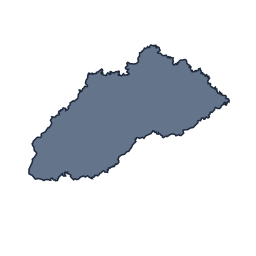 Caracol, Mato Grosso do Sul, Brazil, rotated 206°
{"feature_id": "56859067B79798079212629", "entity_name": "Caracol", "entity_type": "district", "adm_level": 2, "iso_a3": "BRA", "parent_name": "Brazil", "parent_adm1": "Mato Grosso do Sul", "projection": "natural_earth1", "projection_center": [-57.105, -21.905], "detail": "fine", "context": "isolated", "style": "filled", "palette": "slate", "viewbox_px": 256, "rotation_deg": 206, "n_neighbors": 0, "source": "geoboundaries", "source_scale": "gbopen_adm2", "svg_char_len": 5898}
<svg xmlns="http://www.w3.org/2000/svg" viewBox="0 0 256 256"><g transform="rotate(206 128 128)"><path d="M167.3,170.4L167.4,168.4L168.2,168.2L168.8,168.8L169.5,168.4L170.3,168.8L170.8,166.9L170.4,165.8L173.0,164.9L173.9,164.9L174.3,165.6L175.1,165.0L176.3,165.7L175.6,166.1L175.2,166.9L176.2,167.6L176.0,168.6L176.8,169.4L177.6,169.4L179.4,165.5L180.8,164.1L180.3,163.3L181.0,162.6L182.4,162.0L183.1,160.8L183.8,160.8L184.2,161.5L185.9,160.0L186.6,160.4L187.4,160.0L187.4,159.1L186.7,158.9L187.2,158.2L187.0,156.7L186.1,155.6L186.6,152.7L185.9,149.6L185.2,149.1L183.6,148.8L182.9,148.3L182.8,147.5L183.9,146.7L184.9,146.8L185.3,146.1L185.2,144.3L185.9,143.6L185.7,140.7L186.2,140.1L187.0,140.9L188.0,141.1L188.5,140.8L188.2,140.2L187.4,140.0L186.9,139.1L187.4,136.4L186.5,134.5L186.1,132.6L188.3,128.1L189.2,128.4L191.1,125.0L190.4,124.3L190.2,123.2L191.1,121.2L191.0,120.3L190.2,120.1L190.0,119.3L190.8,117.2L191.6,116.3L192.5,118.2L195.1,117.7L195.1,115.6L196.3,114.9L196.1,114.0L196.5,113.3L197.2,113.3L197.4,112.4L197.0,111.8L197.0,110.8L196.3,110.9L195.6,110.2L196.1,109.1L196.9,108.9L198.0,107.6L197.9,106.5L198.2,105.8L201.4,104.7L200.6,104.1L201.1,101.5L201.0,100.8L198.9,99.3L198.6,98.3L198.6,95.4L199.2,94.4L199.1,93.6L199.9,93.3L200.2,92.6L200.6,88.4L203.0,85.3L203.3,84.5L203.0,83.6L202.4,83.2L202.2,82.0L202.6,81.1L205.2,80.1L205.7,79.3L207.3,74.6L206.9,72.6L207.3,71.9L205.9,70.3L205.0,70.1L203.5,68.6L202.4,66.6L199.6,65.9L198.8,64.6L199.3,60.7L200.3,57.9L199.6,57.2L199.0,54.8L198.9,47.5L197.0,43.5L194.5,43.3L193.7,43.6L188.9,41.4L186.2,43.4L182.0,44.1L181.2,43.8L180.3,44.1L180.0,45.2L178.3,45.9L177.6,46.7L175.1,46.8L174.5,47.3L175.1,48.1L174.9,49.1L174.2,49.7L172.1,48.6L170.9,49.4L170.1,48.8L168.4,49.9L168.4,50.7L168.9,51.6L168.5,52.2L168.7,53.8L168.1,54.4L168.1,55.5L167.5,56.5L167.4,57.6L166.9,58.3L166.2,56.9L164.6,56.6L163.0,57.6L163.5,58.2L164.7,58.7L165.2,59.7L165.2,60.9L164.0,60.5L163.0,61.8L162.7,60.5L160.4,60.8L158.6,60.5L158.6,59.4L157.2,58.6L154.2,57.6L153.3,59.3L152.0,59.0L150.7,59.6L149.6,61.4L149.2,63.2L148.0,64.1L147.3,65.2L144.7,65.3L143.6,67.3L141.8,67.1L141.2,66.6L140.4,66.8L138.7,66.6L138.0,66.9L138.9,67.4L138.6,68.1L137.4,68.7L136.9,69.4L137.1,70.9L136.2,71.0L135.6,71.7L134.1,71.8L134.0,72.7L133.4,73.6L133.5,74.9L132.4,76.2L131.7,78.4L131.0,79.0L129.7,78.2L127.0,79.2L127.4,79.8L127.4,81.3L128.1,81.5L127.4,82.1L128.0,83.2L127.4,84.0L126.5,84.0L126.1,85.7L125.3,85.8L124.8,87.2L124.2,86.9L123.4,87.4L123.4,90.0L122.6,90.2L122.5,90.9L121.7,91.1L121.2,93.0L122.0,94.6L123.3,95.1L123.1,96.2L123.6,98.0L121.9,101.1L119.6,102.9L118.8,106.0L117.3,107.2L116.9,108.1L116.8,110.8L116.3,111.4L116.5,114.5L115.7,117.4L115.1,118.3L115.0,119.4L115.9,119.7L116.7,121.3L115.8,121.8L116.1,122.8L115.7,123.4L114.6,123.8L113.1,123.7L110.9,126.0L109.1,125.7L108.7,128.6L104.8,133.2L104.7,134.8L104.2,135.6L104.4,136.4L103.0,136.7L102.4,135.9L101.7,136.0L101.1,136.7L99.8,135.4L99.0,135.4L98.1,135.8L98.4,136.8L97.7,136.3L96.9,136.7L95.3,136.0L93.9,136.1L93.0,134.8L92.0,134.8L90.6,137.2L89.1,137.4L88.8,138.3L88.2,138.6L87.6,140.2L85.5,142.2L83.1,142.8L81.5,142.0L79.3,144.5L78.5,144.0L77.0,144.5L75.7,147.8L77.5,149.7L77.2,150.5L73.4,152.9L72.3,154.9L71.5,155.5L71.0,156.4L70.0,156.6L69.4,157.6L68.0,162.1L67.5,163.0L68.2,165.3L67.1,166.1L66.2,166.2L65.9,167.3L66.2,169.1L65.6,169.6L64.1,169.9L63.8,169.2L63.1,169.4L62.6,170.2L62.9,171.0L62.5,172.2L60.5,172.1L59.9,173.0L59.8,173.8L61.1,174.9L60.4,176.7L60.9,177.7L60.8,178.5L59.3,178.9L58.2,182.5L58.7,184.0L58.3,184.9L56.4,184.7L54.3,185.6L53.6,187.0L53.9,189.0L52.4,191.2L52.9,192.2L52.7,193.0L52.3,193.5L51.4,193.6L51.1,191.7L50.5,191.4L49.7,191.8L50.0,192.5L49.7,193.2L50.0,195.1L49.6,195.9L48.7,195.6L48.8,196.4L49.9,197.9L51.3,198.2L52.9,197.4L53.8,199.7L55.1,199.8L57.6,198.7L58.9,200.0L59.9,198.8L60.6,199.4L62.6,198.7L63.7,199.9L64.4,199.9L64.4,200.7L65.3,201.9L66.5,200.9L67.4,201.4L66.8,202.3L67.4,203.0L68.1,201.6L68.9,201.2L70.5,201.7L71.1,201.4L72.4,202.2L73.2,202.8L73.0,203.7L73.5,204.1L75.3,203.1L75.3,203.8L76.3,204.2L77.0,205.1L76.6,208.4L77.7,208.0L78.3,208.6L77.7,209.1L78.0,209.8L78.7,209.7L79.2,209.0L80.2,209.0L80.1,209.8L80.7,210.4L81.3,209.8L81.4,208.6L83.7,209.8L84.6,209.2L85.1,210.1L85.5,209.5L86.3,209.4L86.0,210.3L87.0,210.5L87.3,211.4L88.1,211.6L89.3,213.2L90.5,212.0L90.0,211.2L90.5,210.3L91.2,209.9L91.4,209.0L92.1,209.3L92.8,209.0L92.7,208.2L93.2,207.5L95.2,206.8L95.4,207.9L96.2,207.3L97.7,208.5L98.3,209.5L98.1,210.5L98.7,210.6L98.9,209.8L99.7,209.5L99.6,210.6L99.9,211.3L103.3,211.7L104.9,214.1L106.0,214.6L107.0,214.5L108.8,212.9L110.7,212.0L111.3,210.1L111.3,209.0L112.1,208.6L111.6,207.7L111.6,206.6L112.4,206.4L113.0,207.0L113.6,206.4L114.1,204.8L115.8,205.3L116.5,206.2L116.2,207.2L117.9,209.6L118.1,210.8L119.0,210.3L121.0,210.3L120.8,209.4L121.6,209.0L121.9,209.9L122.9,209.9L123.5,208.7L125.6,210.2L127.7,208.6L128.7,208.4L131.7,209.4L133.6,208.4L134.5,208.8L133.1,211.8L134.6,213.0L135.3,213.9L137.0,214.0L137.3,212.8L137.9,212.5L138.6,214.1L139.2,214.6L139.9,214.1L139.9,213.3L141.1,213.5L142.2,212.6L143.1,212.8L144.0,212.5L144.2,211.7L143.9,210.0L144.3,209.4L146.0,209.8L146.4,207.9L146.8,207.3L148.3,207.0L148.1,204.9L149.1,203.2L148.9,202.1L150.6,200.7L149.1,197.6L149.7,195.8L149.3,194.2L147.7,192.4L148.7,189.6L151.3,187.8L153.1,187.4L154.5,186.5L155.1,186.5L155.6,187.0L157.0,186.9L157.5,185.7L155.7,184.1L156.6,182.1L156.7,180.8L155.8,180.2L154.2,180.4L153.3,180.9L153.7,177.8L151.2,177.6L150.7,177.0L151.5,176.3L151.5,175.5L152.9,175.0L154.2,174.0L154.9,174.1L155.7,174.9L156.2,174.1L156.3,172.5L156.9,171.9L158.4,171.9L159.6,171.1L160.1,171.7L159.2,172.5L160.4,173.5L160.3,174.3L160.6,174.9L161.2,175.1L161.9,174.5L162.2,173.6L163.6,173.5L164.7,171.2L165.7,171.4L167.3,170.4ZM167.3,170.4L167.9,171.3L168.7,170.9L168.5,170.2L167.3,170.4ZM60.6,199.4L60.4,200.3L61.4,200.6L61.1,199.9L60.6,199.4Z" fill="#64748b" stroke="#1e293b" stroke-width="1.5"/></g></svg>